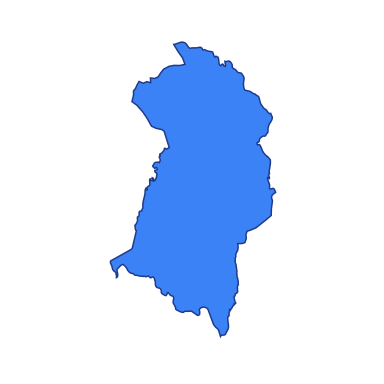 the Province of Muchinga, rotated 343°
{"feature_id": "ZMB-5511", "entity_name": "Muchinga", "entity_type": "Province", "adm_level": 1, "iso_a3": "ZMB", "parent_name": "Zambia", "parent_adm1": "", "projection": "equal_earth", "projection_center": [31.586, -11.285], "detail": "fine", "context": "isolated", "style": "filled", "palette": "blue", "viewbox_px": 384, "rotation_deg": 343, "n_neighbors": 0, "source": "natural_earth", "source_scale": "10m", "svg_char_len": 6050}
<svg xmlns="http://www.w3.org/2000/svg" viewBox="0 0 384 384"><g transform="rotate(343 192 192)"><path d="M252.7,64.2L252.8,68.2L253.0,69.1L253.5,69.7L254.2,69.2L254.7,69.2L255.8,70.4L256.3,70.7L256.3,72.5L255.4,77.4L256.0,79.3L256.7,79.6L257.8,78.7L258.5,78.5L259.0,78.9L259.4,80.4L259.6,81.1L260.7,81.6L261.2,80.4L261.4,78.3L261.7,76.6L262.8,77.3L265.6,77.5L266.6,78.5L267.3,80.2L267.5,81.1L267.6,82.1L267.5,82.9L267.0,84.1L267.2,85.1L267.6,86.0L268.9,87.1L269.5,87.9L270.2,89.7L270.6,90.6L271.2,91.3L271.9,91.7L273.7,92.6L274.1,93.2L274.9,95.9L275.2,97.8L274.8,99.2L273.3,102.3L272.3,105.5L272.1,107.3L272.0,109.0L272.7,110.3L276.9,112.7L279.7,116.1L281.0,116.8L281.9,118.4L282.9,119.3L283.6,120.5L283.7,122.6L283.4,126.4L283.6,128.1L284.9,132.3L285.3,133.1L287.1,135.3L288.1,138.4L288.9,139.6L290.3,139.8L290.3,141.6L290.6,142.9L290.7,144.0L289.9,145.7L289.1,146.7L287.1,148.6L286.5,149.0L285.8,149.5L283.3,153.2L282.5,156.0L281.9,157.2L280.9,158.0L280.1,158.2L279.2,159.4L278.5,159.8L277.7,159.8L276.1,159.3L272.7,160.5L272.1,161.2L271.1,163.1L270.4,163.7L269.8,163.7L269.2,163.5L268.8,163.7L268.3,164.9L268.3,165.9L268.7,166.3L270.0,166.1L270.7,167.0L271.1,169.1L271.4,173.2L271.9,175.2L272.6,177.1L273.5,178.8L274.7,180.3L276.3,184.1L275.8,186.2L275.1,188.1L271.6,195.3L271.5,195.8L271.7,196.5L271.6,196.9L271.3,197.3L270.5,197.7L270.3,198.1L270.2,199.0L270.3,200.8L269.9,201.7L268.6,200.3L268.1,201.3L268.3,207.1L268.3,207.9L267.9,209.2L267.2,211.3L267.4,211.8L268.2,212.2L269.9,212.1L270.8,212.3L271.5,213.3L271.7,214.4L271.9,216.8L269.4,217.6L267.4,218.7L266.4,220.7L266.4,223.9L263.0,231.3L260.9,237.6L254.1,240.5L242.6,245.0L236.2,245.6L233.2,245.6L231.1,248.5L230.3,252.5L227.7,255.9L224.7,255.9L220.6,254.7L220.5,256.1L219.8,258.9L218.9,260.4L218.8,261.0L216.2,263.6L215.6,264.5L215.0,266.5L214.6,267.3L213.8,268.4L213.6,268.8L213.4,270.2L212.9,271.1L212.8,271.7L212.8,274.6L211.7,281.3L211.2,282.1L211.0,283.8L210.6,284.8L210.4,285.4L210.4,287.7L210.1,290.8L209.9,291.5L209.5,292.9L209.2,294.3L208.5,294.7L208.0,295.2L207.6,296.3L206.8,299.3L206.6,300.6L206.2,301.2L205.1,301.8L203.5,302.2L203.4,302.8L202.5,304.1L202.3,304.2L201.7,304.2L201.4,304.5L201.4,305.9L201.2,307.0L201.1,308.3L201.1,309.7L201.4,311.0L200.0,311.8L199.4,311.4L199.2,312.1L199.0,312.5L198.6,312.8L197.6,313.0L197.3,313.2L196.8,314.0L196.1,314.7L195.0,315.5L194.2,316.2L193.8,315.2L193.5,315.2L193.3,316.8L191.9,318.8L191.4,320.8L191.1,321.3L190.7,321.6L189.7,322.0L189.4,322.5L188.5,326.4L188.1,329.1L187.5,331.7L186.3,333.8L182.3,337.8L181.5,338.2L180.5,338.1L178.6,337.6L177.5,338.0L177.0,338.5L177.0,332.9L176.8,331.0L176.2,329.9L175.1,328.2L174.1,325.7L173.8,324.4L173.0,309.6L172.8,308.6L172.5,307.7L172.3,307.4L171.6,306.7L169.6,305.5L169.0,305.3L166.4,305.4L165.0,306.2L164.6,306.6L164.4,308.8L163.9,310.4L163.4,311.3L162.7,311.7L161.4,311.7L160.8,311.1L157.0,306.2L156.4,305.6L155.1,305.5L153.7,304.9L152.7,304.8L150.6,304.0L150.3,304.0L148.7,304.5L147.8,304.4L145.8,303.1L142.7,300.2L142.4,299.7L142.2,299.2L142.5,297.2L141.6,292.7L141.6,292.3L142.3,290.3L143.3,288.7L143.5,288.0L143.5,287.0L143.4,286.4L142.9,285.8L141.9,285.2L141.0,284.2L140.7,283.5L140.0,281.5L139.5,281.0L139.0,281.2L138.4,282.2L138.0,282.7L136.9,283.5L136.4,283.3L135.7,282.8L134.3,281.3L133.3,280.0L133.3,278.9L133.8,277.0L133.8,276.4L133.6,275.6L133.1,274.7L131.3,273.6L130.6,273.0L130.1,272.3L129.9,271.6L129.9,269.7L130.5,268.0L130.6,267.2L130.7,264.2L130.6,263.1L130.3,262.4L130.1,262.0L129.8,261.8L129.2,261.7L127.8,262.0L127.5,262.0L127.0,261.7L126.7,261.3L126.2,260.2L125.7,259.6L124.7,259.5L123.9,259.7L123.0,259.5L122.3,258.9L121.4,258.5L120.2,258.4L119.0,257.6L117.8,257.3L115.0,255.6L114.1,255.3L113.0,254.7L112.7,254.4L112.2,253.2L112.0,252.8L111.0,252.5L110.2,252.0L109.4,251.4L108.7,250.5L107.6,248.1L107.2,245.5L106.3,243.3L105.4,241.9L104.6,241.0L103.2,241.2L102.1,241.5L97.8,244.0L97.5,244.5L97.3,245.2L97.0,248.7L96.6,250.1L96.2,250.9L95.8,251.4L94.6,251.8L94.6,251.6L95.2,250.9L95.5,250.0L95.2,249.4L95.5,247.6L95.5,246.8L95.1,245.9L94.1,244.5L93.7,243.5L93.5,242.4L93.7,239.3L93.4,237.1L93.3,235.9L93.6,234.9L94.1,234.1L117.1,229.1L117.9,228.7L118.7,227.8L127.3,213.1L127.4,212.7L127.1,212.1L127.0,211.4L127.0,210.5L127.5,208.7L127.5,207.6L127.7,207.1L129.2,206.3L131.1,204.3L131.7,202.9L132.0,201.4L132.4,200.1L133.3,199.6L134.0,199.5L134.4,199.2L134.7,198.7L135.2,196.7L135.5,196.0L135.9,195.4L136.4,195.1L138.2,195.4L138.4,195.2L138.9,194.3L139.2,194.1L140.4,192.7L140.7,192.0L141.1,190.3L142.2,187.4L146.3,180.5L147.2,178.2L147.6,176.7L148.1,176.1L148.5,175.8L149.2,176.8L149.9,176.9L150.1,176.3L149.1,174.9L149.9,174.8L151.0,174.1L153.3,173.2L153.8,172.8L154.2,171.3L154.7,169.1L155.3,167.4L156.3,167.4L155.8,168.3L156.2,169.0L157.2,169.4L157.9,169.1L158.0,167.5L158.2,166.8L158.8,167.4L159.1,168.2L159.1,168.9L158.9,169.6L158.5,170.3L159.6,170.3L160.4,169.8L162.6,167.2L162.7,166.4L163.4,165.5L163.9,164.2L162.7,162.3L162.5,161.7L162.5,161.1L162.9,160.4L164.8,160.5L165.6,160.0L165.4,158.5L165.0,158.1L164.6,158.1L163.8,158.5L163.2,158.4L163.0,158.2L162.6,157.2L162.0,156.3L161.9,155.8L164.1,153.7L164.8,153.2L165.7,153.0L167.6,153.3L168.6,153.7L169.2,154.3L169.6,153.8L170.5,153.0L170.9,152.5L171.1,151.8L170.9,149.0L171.1,148.5L171.4,148.4L172.2,148.3L172.4,148.1L172.3,147.7L172.0,147.1L172.2,146.5L172.7,146.2L174.1,146.0L175.0,145.6L176.7,144.4L177.4,144.1L177.7,143.8L178.1,142.6L178.6,142.2L179.2,142.4L180.0,143.6L183.2,142.8L183.1,125.7L181.4,123.5L176.3,120.6L172.5,117.2L170.8,109.2L168.6,101.7L164.8,93.1L161.0,88.0L164.4,82.3L165.6,78.2L168.2,76.5L171.2,73.1L173.7,70.8L177.1,73.7L181.0,73.3L184.4,75.4L185.6,70.8L189.5,72.5L193.3,72.0L196.7,69.1L200.9,66.2L206.9,65.1L212.0,65.7L217.1,67.4L222.6,67.9L222.2,61.1L219.7,53.6L217.7,45.5L218.8,45.7L225.4,45.5L227.4,46.2L229.3,47.8L229.8,48.8L230.8,51.9L231.5,53.4L232.2,54.0L234.1,54.2L238.5,55.5L242.1,55.9L242.8,56.4L243.5,57.4L243.7,57.9L243.8,58.9L244.1,59.4L244.5,59.6L245.4,59.5L245.7,59.6L248.1,61.7L251.9,63.6L252.7,64.2Z" fill="#3b82f6" stroke="#1e3a8a" stroke-width="1.5"/></g></svg>